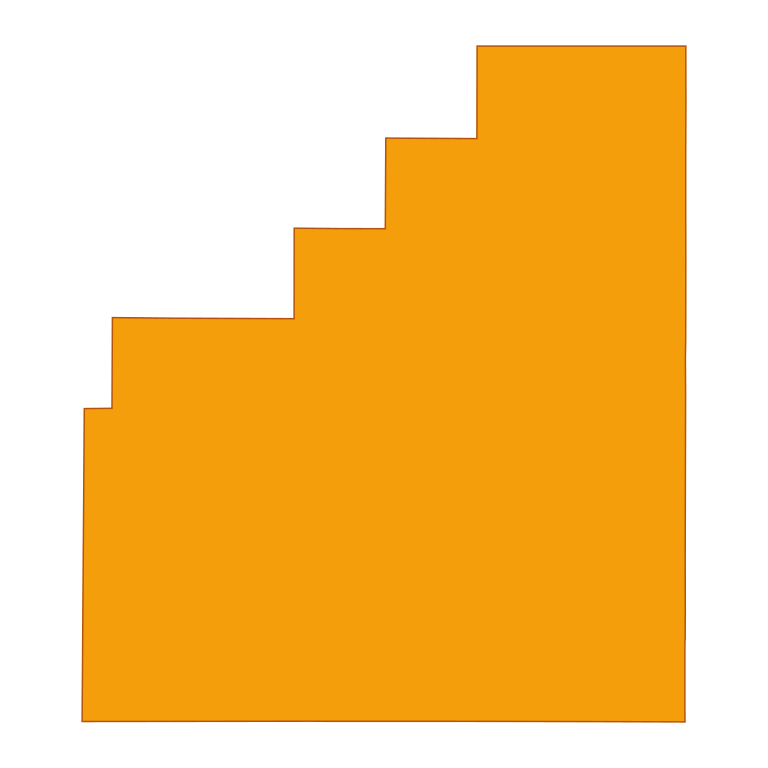 outline of Curry, New Mexico, United States of America
{"feature_id": "52423323B94709577697602", "entity_name": "Curry", "entity_type": "district", "adm_level": 2, "iso_a3": "USA", "parent_name": "United States of America", "parent_adm1": "New Mexico", "projection": "robinson", "projection_center": [-103.219, 34.628], "detail": "fine", "context": "isolated", "style": "filled", "palette": "amber", "viewbox_px": 768, "rotation_deg": 0, "n_neighbors": 0, "source": "geoboundaries", "source_scale": "gbopen_adm2", "svg_char_len": 643}
<svg xmlns="http://www.w3.org/2000/svg" viewBox="0 0 768 768"><path d="M84.3,408.6L82.1,721.5L313.6,721.2L324.8,721.3L446.2,721.3L504.8,721.4L598.7,721.6L685.0,721.9L684.9,711.4L684.9,642.1L685.0,640.7L685.2,638.0L685.2,636.8L685.2,636.5L685.2,632.7L685.2,630.8L685.2,627.5L685.2,623.9L685.2,620.2L685.3,615.3L685.2,563.2L685.2,559.0L685.2,558.9L685.2,555.9L685.6,393.0L685.4,358.4L685.7,339.6L685.8,260.6L685.7,214.1L685.7,153.9L685.9,102.7L685.8,46.1L477.1,46.1L476.9,138.6L385.8,138.1L385.3,228.7L339.7,228.6L294.2,228.2L294.1,318.7L173.4,318.2L112.4,317.6L112.0,408.3L84.3,408.6Z" fill="#f59e0b" stroke="#b45309" stroke-width="1.5"/></svg>